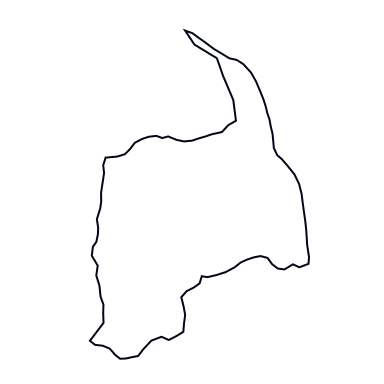 São Félix, Bahia, Brazil (Robinson projection), rotated 356°
{"feature_id": "56859067B78979447599301", "entity_name": "São Félix", "entity_type": "district", "adm_level": 2, "iso_a3": "BRA", "parent_name": "Brazil", "parent_adm1": "Bahia", "projection": "robinson", "projection_center": [-38.997, -12.663], "detail": "fine", "context": "isolated", "style": "outline", "palette": "ink", "viewbox_px": 384, "rotation_deg": 356, "n_neighbors": 0, "source": "geoboundaries", "source_scale": "gbopen_adm2", "svg_char_len": 1498}
<svg xmlns="http://www.w3.org/2000/svg" viewBox="0 0 384 384"><g transform="rotate(356 192 192)"><path d="M196.4,30.5L204.7,45.1L221.2,56.8L226.1,60.2L228.7,69.4L231.0,78.1L239.6,103.1L240.8,124.0L232.9,127.8L226.0,134.3L215.7,135.8L209.5,137.5L202.9,138.9L195.5,140.8L187.6,141.0L180.2,138.9L172.1,134.9L166.2,136.1L160.3,133.5L152.6,133.9L146.0,135.6L138.4,138.9L133.1,144.9L127.7,149.6L120.1,151.4L108.2,151.7L105.3,159.1L105.6,166.9L103.8,175.0L101.2,186.7L100.8,194.9L99.3,202.0L95.2,212.5L95.9,221.2L95.2,227.6L93.1,235.1L89.3,239.7L87.6,248.6L92.8,258.8L90.7,268.6L93.1,278.9L93.5,290.1L95.8,298.2L95.0,306.0L94.6,316.4L79.8,333.3L84.6,337.7L92.2,339.1L99.0,342.5L104.1,349.2L108.6,353.3L114.4,353.5L120.3,352.6L126.9,351.8L132.4,345.5L141.1,337.4L151.5,334.3L158.5,338.0L165.6,335.0L173.6,330.9L174.9,322.5L176.6,314.1L175.7,306.0L174.0,296.2L179.8,290.5L187.0,287.5L193.2,283.7L195.9,276.7L201.5,278.0L210.4,276.6L220.1,274.2L229.3,270.1L235.5,265.8L241.8,263.4L249.1,261.5L255.9,260.7L262.7,263.0L266.9,269.6L272.2,274.3L278.7,275.7L287.7,271.2L293.8,274.6L303.2,271.8L304.2,265.1L303.2,252.9L303.3,238.6L303.0,229.6L301.8,212.5L301.2,201.6L299.4,191.5L295.5,181.7L289.4,172.9L284.0,165.6L279.6,161.2L276.7,153.7L276.6,147.3L276.4,139.5L275.1,131.9L274.3,124.7L272.6,118.6L271.6,112.3L269.9,105.1L267.3,97.0L263.6,86.2L259.2,77.0L252.1,68.0L245.9,63.4L238.5,61.2L231.4,56.1L223.9,50.9L215.7,43.8L208.9,38.2L203.5,33.6L196.4,30.5Z" fill="none" stroke="#020617" stroke-width="2"/></g></svg>